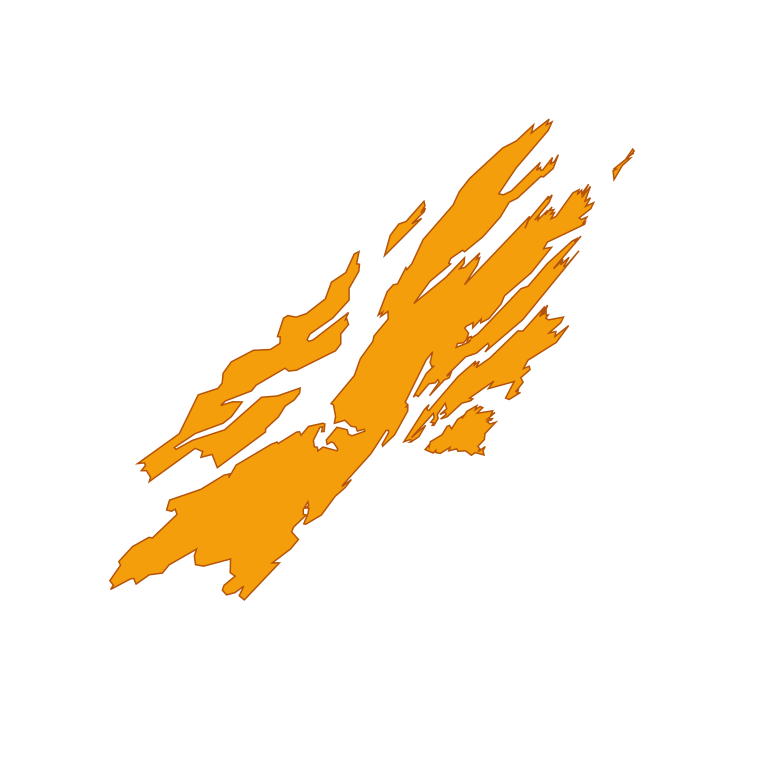 Steigen nor, Nordland, Norway (Equal Earth projection), rotated 140°
{"feature_id": "86288312B1701312811751", "entity_name": "Steigen nor", "entity_type": "district", "adm_level": 2, "iso_a3": "NOR", "parent_name": "Norway", "parent_adm1": "Nordland", "projection": "equal_earth", "projection_center": [15.214, 67.838], "detail": "fine", "context": "isolated", "style": "filled", "palette": "amber", "viewbox_px": 768, "rotation_deg": 140, "n_neighbors": 0, "source": "geoboundaries", "source_scale": "gbopen_adm2", "svg_char_len": 6156}
<svg xmlns="http://www.w3.org/2000/svg" viewBox="0 0 768 768"><g transform="rotate(140 384 384)"><path d="M701.3,418.5L702.3,414.5L720.4,409.6L720.7,403.8L725.5,402.4L703.4,397.6L700.7,395.9L702.5,390.1L686.4,388.7L675.3,381.6L664.8,383.6L633.6,378.0L639.8,374.2L644.5,366.8L639.3,360.4L614.0,348.6L623.1,338.3L621.5,332.5L635.9,332.6L640.4,330.0L640.2,323.7L632.4,320.0L621.3,319.3L631.0,314.9L629.8,308.4L579.1,314.2L584.6,318.8L561.6,317.7L549.5,319.9L549.8,330.1L545.2,332.5L527.8,333.7L529.6,335.9L526.6,339.7L518.1,342.7L519.8,339.4L524.0,339.5L521.3,337.3L525.3,333.7L535.3,328.5L534.2,326.9L516.2,323.9L493.6,329.4L480.7,329.6L470.4,331.8L481.4,332.5L481.0,333.1L438.9,339.0L412.3,347.1L410.3,345.6L412.0,343.6L424.2,338.9L425.0,337.2L408.7,338.2L383.2,348.1L380.2,351.4L381.7,352.3L379.1,352.7L379.5,356.4L336.6,375.2L325.9,377.5L334.8,370.9L336.3,366.4L333.7,365.7L344.8,364.9L369.9,355.1L366.6,355.2L365.9,352.4L349.6,355.3L343.8,351.9L339.9,352.7L340.5,350.0L356.7,345.8L335.0,348.4L330.2,346.8L325.7,349.3L330.2,349.6L329.8,350.2L304.0,352.3L293.3,348.2L278.2,348.4L279.2,345.6L286.0,343.6L236.3,344.1L149.0,360.7L168.9,357.4L170.4,358.6L160.8,362.1L172.2,361.8L166.7,364.3L179.2,363.3L179.2,363.6L138.0,370.6L146.8,370.2L143.2,371.5L148.3,372.6L181.4,371.2L210.8,366.3L217.8,369.0L279.6,362.1L287.7,363.0L286.6,364.3L289.2,365.4L294.0,362.4L289.2,362.0L292.9,361.6L305.2,365.6L301.7,367.8L296.6,364.5L292.5,365.0L286.6,368.4L286.2,375.0L283.6,375.3L276.3,373.7L280.0,370.0L267.8,371.3L270.6,368.7L261.6,366.7L242.8,370.1L235.1,374.1L199.9,374.6L167.8,381.0L174.8,385.1L167.6,387.7L127.7,377.4L125.9,378.5L130.1,378.5L121.3,381.5L127.1,383.2L127.8,385.8L112.8,385.4L106.8,388.2L115.3,390.5L106.1,393.9L112.6,394.8L98.8,402.7L112.6,399.7L98.8,405.5L110.2,402.6L108.0,405.5L114.2,404.9L109.7,407.5L116.5,409.0L144.7,401.8L149.7,403.2L143.3,405.7L146.9,407.0L141.8,408.4L145.5,410.4L141.4,411.6L152.1,410.1L146.9,411.9L160.5,410.7L157.9,412.6L163.1,412.7L140.7,417.0L133.6,420.8L140.6,420.3L137.1,422.1L168.2,416.5L175.9,412.6L164.6,418.8L258.5,408.3L236.1,415.2L229.5,419.3L233.1,420.2L226.2,422.8L247.1,421.4L251.8,423.6L245.2,424.9L241.2,428.9L268.3,425.9L309.4,426.5L283.0,433.1L255.8,433.1L256.9,434.9L252.2,437.3L237.9,436.0L237.2,433.5L213.7,433.2L187.7,437.1L171.2,442.8L162.4,440.6L130.5,442.2L128.7,440.1L115.9,440.4L103.1,447.6L110.8,444.8L114.8,445.6L109.3,449.2L125.0,445.9L126.7,447.4L124.9,449.3L129.8,449.7L121.8,453.3L162.4,450.0L171.0,452.2L173.8,456.0L143.8,464.6L95.2,472.7L86.8,476.8L93.0,478.1L87.2,480.7L109.8,481.5L102.9,486.4L126.3,485.1L141.3,488.5L186.3,486.4L202.7,482.9L216.2,476.6L261.2,469.5L285.4,458.2L293.1,456.9L292.4,459.1L309.3,452.0L313.3,454.0L322.1,452.7L344.1,440.5L339.0,440.1L343.1,437.9L334.3,437.0L339.1,431.1L360.8,427.2L365.2,423.8L385.8,418.6L401.3,409.5L437.2,403.0L436.1,400.5L441.9,390.3L447.3,385.8L437.3,381.4L436.3,372.5L433.2,369.2L434.7,365.1L428.3,362.1L429.1,360.2L441.9,364.9L443.5,368.5L441.6,372.6L447.9,381.1L464.2,378.2L466.4,374.3L461.3,373.4L460.4,370.6L461.2,364.0L462.9,363.0L471.2,374.9L477.8,375.2L475.7,378.4L477.7,380.7L474.3,386.3L461.0,392.0L458.6,390.5L462.5,387.6L460.4,386.1L455.0,391.4L456.2,393.3L469.0,400.0L480.4,398.0L479.4,401.8L482.1,403.4L503.4,406.4L503.2,408.3L509.2,410.3L549.3,416.9L563.2,412.0L560.1,414.4L565.1,417.0L591.9,421.0L622.9,432.9L631.5,427.3L628.6,423.1L624.3,422.3L626.5,417.1L660.4,414.9L662.6,417.6L681.1,421.1L701.3,418.5ZM565.5,427.0L505.6,423.4L503.4,425.8L485.8,426.7L474.0,430.6L463.0,429.5L454.5,431.3L450.8,434.8L473.4,443.4L486.4,452.6L535.5,451.3L567.1,464.0L585.3,467.6L585.6,470.1L560.5,467.4L532.5,457.4L521.9,457.1L504.2,461.4L511.4,467.7L523.0,472.5L516.1,472.9L489.9,463.9L482.6,465.3L449.7,459.7L448.7,455.2L442.2,450.8L399.8,440.6L391.3,442.5L385.0,450.1L372.9,452.4L370.7,457.7L372.3,458.2L365.2,461.5L409.8,463.3L414.2,464.9L414.5,467.4L408.6,469.9L380.8,467.5L356.7,470.8L349.3,479.7L330.9,486.5L325.8,491.5L327.8,493.7L318.0,501.5L323.3,502.7L341.7,493.9L358.8,495.8L374.3,486.9L398.2,487.8L408.4,491.7L413.6,498.2L418.7,499.0L435.1,488.8L433.2,486.7L437.6,482.0L448.9,483.5L462.5,493.8L486.8,499.1L500.4,495.6L507.3,488.8L514.1,487.4L533.3,495.1L572.8,477.5L623.9,481.4L618.2,477.6L619.1,474.9L625.6,473.6L621.7,470.3L622.7,462.7L626.6,460.1L570.0,456.1L566.3,448.8L571.4,445.5L560.9,440.5L565.5,427.0ZM298.1,291.7L284.8,289.8L288.1,291.0L285.5,292.7L287.4,292.7L287.7,293.6L276.3,295.9L275.2,300.9L263.0,301.1L261.3,304.2L267.2,306.2L258.5,309.7L225.3,305.1L205.0,310.0L222.5,310.5L218.6,313.7L224.7,317.0L209.0,317.4L203.5,319.9L216.8,327.4L217.7,330.4L213.8,331.4L215.7,332.3L212.9,335.7L216.8,334.8L217.9,335.5L210.1,338.0L207.9,339.3L219.7,335.5L221.4,335.7L210.9,340.0L243.7,335.3L247.3,338.6L286.4,335.8L303.0,337.3L296.3,340.1L302.6,340.5L298.9,342.6L322.5,342.1L366.8,334.8L367.5,337.1L362.7,339.3L369.3,338.5L405.9,327.0L399.7,324.6L398.8,322.4L401.5,322.9L400.8,322.3L391.2,321.2L378.7,325.6L397.5,325.3L365.0,329.8L367.2,325.9L372.8,324.6L370.9,322.2L373.7,321.4L372.4,320.2L364.7,322.8L362.8,326.4L349.5,329.9L351.9,324.7L360.8,324.7L355.4,323.2L355.8,320.8L363.2,320.8L356.6,318.3L336.7,319.3L328.6,315.5L325.6,315.5L327.5,318.2L298.0,315.6L307.0,313.4L282.7,302.2L299.9,295.1L298.1,291.7ZM353.0,265.3L351.1,269.2L346.7,271.0L355.2,271.7L352.2,272.9L352.2,275.9L342.9,276.9L338.5,281.1L322.9,282.9L328.4,285.2L329.2,289.3L325.1,287.4L323.3,287.8L327.3,290.6L317.3,290.8L321.4,291.9L318.0,293.6L331.5,301.8L323.5,302.4L324.8,305.0L330.7,305.7L326.8,307.7L337.9,309.8L346.4,307.3L344.1,308.8L350.4,309.6L361.1,306.2L360.4,310.1L362.9,311.0L372.2,307.8L385.5,310.0L389.9,306.8L389.2,308.3L394.7,307.4L390.7,299.5L387.0,299.8L388.4,298.2L385.6,294.7L374.2,293.0L377.4,291.2L370.0,287.6L370.6,285.0L364.5,280.4L362.9,273.3L358.1,272.7L353.0,265.3ZM301.0,482.0L248.7,486.7L259.7,488.8L242.5,490.2L239.2,492.2L245.7,491.5L238.1,494.2L235.9,498.3L262.6,494.3L269.9,497.0L283.8,493.8L301.0,482.0ZM76.4,392.7L61.0,398.2L50.0,398.6L52.5,400.0L50.3,401.0L44.1,400.3L45.9,401.1L42.6,401.7L42.5,404.1L54.7,400.7L69.3,401.0L68.0,399.3L71.5,400.1L76.4,392.7Z" fill="#f59e0b" stroke="#b45309" stroke-width="1.5"/></g></svg>